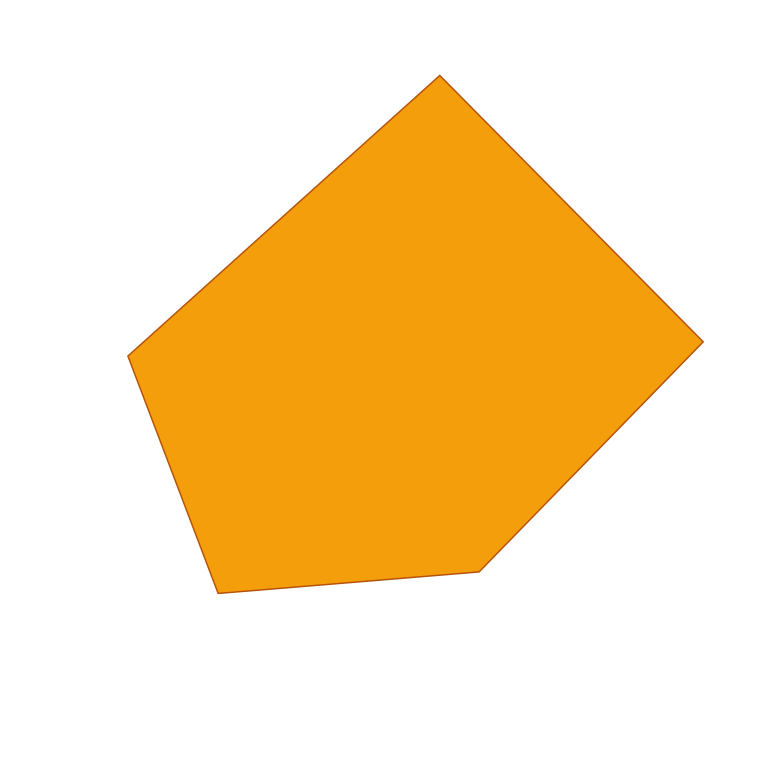 outline of Baile Tusnad, Covasna, Romania, rotated 312°
{"feature_id": "2599482B64409374014432", "entity_name": "Baile Tusnad", "entity_type": "district", "adm_level": 2, "iso_a3": "ROU", "parent_name": "Romania", "parent_adm1": "Covasna", "projection": "orthographic", "projection_center": [25.855, 46.122], "detail": "fine", "context": "isolated", "style": "filled", "palette": "amber", "viewbox_px": 768, "rotation_deg": 312, "n_neighbors": 0, "source": "geoboundaries", "source_scale": "gbopen_adm2", "svg_char_len": 243}
<svg xmlns="http://www.w3.org/2000/svg" viewBox="0 0 768 768"><g transform="rotate(312 384 384)"><path d="M308.0,580.4L628.9,593.0L650.6,219.0L233.4,175.0L117.4,400.9L308.0,580.4Z" fill="#f59e0b" stroke="#b45309" stroke-width="1.5"/></g></svg>